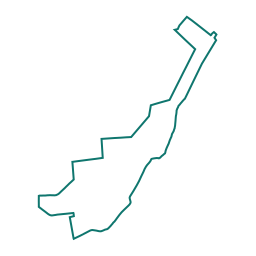 the district of Kupravas pag., Vilakas, Latvia, rotated 177°
{"feature_id": "27541924B19263065695150", "entity_name": "Kupravas pag.", "entity_type": "district", "adm_level": 2, "iso_a3": "LVA", "parent_name": "Latvia", "parent_adm1": "Vilakas", "projection": "mercator", "projection_center": [27.487, 57.225], "detail": "fine", "context": "isolated", "style": "outline", "palette": "teal", "viewbox_px": 256, "rotation_deg": 177, "n_neighbors": 0, "source": "geoboundaries", "source_scale": "gbopen_adm2", "svg_char_len": 3213}
<svg xmlns="http://www.w3.org/2000/svg" viewBox="0 0 256 256"><g transform="rotate(177 128 128)"><path d="M69.7,154.2L69.3,154.9L67.5,158.1L59.6,172.5L50.8,188.4L36.8,209.0L35.4,211.0L36.5,212.9L36.9,213.6L34.8,216.7L35.1,217.1L37.2,219.3L38.5,218.4L40.2,216.8L40.2,216.7L40.3,216.7L40.5,216.5L40.6,216.4L49.6,224.3L58.6,232.1L61.0,234.0L63.4,235.9L67.4,231.8L71.3,227.7L71.5,227.3L71.7,227.0L73.1,224.2L76.2,223.6L66.8,213.6L56.8,203.2L59.6,198.4L62.4,193.5L66.4,186.5L70.4,179.6L74.3,172.7L78.2,165.9L81.6,159.9L85.0,153.9L85.3,153.8L92.6,152.2L99.9,150.5L101.9,150.0L104.0,149.5L105.2,144.1L106.4,138.7L112.1,132.7L117.9,126.6L121.6,122.7L125.3,118.8L130.5,118.8L135.8,118.7L139.0,118.7L142.2,118.7L148.6,118.6L155.0,118.5L154.9,109.0L154.8,99.5L161.7,98.9L168.7,98.4L176.4,97.8L184.1,97.2L184.7,97.1L185.3,97.1L185.1,88.2L184.9,79.4L187.4,77.3L189.5,75.6L191.5,73.8L192.9,72.6L194.2,71.4L197.3,68.8L200.3,66.2L200.9,65.8L201.4,65.5L202.1,65.2L202.9,64.9L203.1,64.8L203.3,64.7L204.0,64.7L204.7,64.6L207.2,64.8L209.7,65.0L211.9,65.0L214.1,64.9L216.9,65.0L219.7,65.1L220.2,65.0L220.6,64.9L220.9,60.1L221.1,55.3L221.1,54.7L221.2,54.1L221.2,53.9L220.9,53.6L220.6,53.4L219.7,52.6L218.8,51.9L218.3,51.4L217.8,51.0L216.6,50.0L215.4,49.0L214.7,48.4L214.0,47.8L213.2,47.1L212.4,46.4L212.1,46.2L211.8,46.0L211.5,45.8L211.3,45.6L211.0,45.4L210.7,45.3L210.4,45.1L210.1,45.0L209.8,44.9L209.5,44.8L209.4,44.8L209.2,44.7L207.9,44.7L204.6,45.0L203.2,45.2L194.1,45.6L187.0,46.0L186.8,45.1L186.7,42.8L190.8,42.0L188.1,20.5L188.0,20.2L181.2,23.0L173.5,26.5L171.1,27.6L170.0,27.9L169.1,28.0L168.4,27.9L166.9,27.6L165.0,27.2L162.5,26.5L161.9,26.4L161.3,26.3L160.8,26.3L160.3,26.3L159.6,26.5L158.9,26.7L157.5,27.2L156.3,27.7L155.2,27.9L154.1,28.1L153.6,28.4L153.2,28.6L152.8,29.0L152.3,29.4L150.2,31.4L149.6,32.1L149.0,32.7L148.4,33.3L147.9,34.0L147.3,34.6L146.6,35.1L146.2,35.5L145.9,35.9L145.1,36.8L144.4,37.7L144.1,38.1L143.8,38.5L143.4,38.9L143.1,39.3L142.1,40.5L141.1,41.7L140.0,42.9L138.8,44.2L136.0,46.7L133.2,49.1L131.8,50.3L130.4,51.6L130.0,52.2L129.6,52.8L129.4,53.2L129.3,53.7L129.3,53.9L129.3,54.2L129.4,54.7L129.5,55.2L129.9,57.0L130.0,57.8L130.0,58.5L129.8,59.0L129.4,59.8L126.1,64.5L122.2,70.4L119.7,74.5L117.4,78.9L114.8,83.6L113.6,86.1L112.2,88.3L112.0,88.6L111.8,88.9L111.3,89.4L110.9,90.0L108.7,92.2L107.5,93.6L107.2,94.1L106.9,94.6L106.6,95.2L106.4,95.6L106.2,95.8L105.7,96.0L103.7,96.3L102.4,96.4L101.3,96.5L100.7,96.5L99.9,96.4L99.2,96.3L99.0,96.2L98.9,96.2L98.7,96.1L98.3,96.4L98.1,96.5L97.9,96.5L97.6,96.6L97.4,96.7L96.2,97.9L95.6,98.4L95.1,98.7L94.8,98.9L94.3,99.3L93.2,100.2L92.4,100.7L92.3,100.9L92.2,101.2L92.0,101.7L91.7,103.0L91.3,104.1L90.9,105.0L90.5,105.9L88.5,109.8L88.2,110.2L88.1,110.6L86.9,113.6L85.8,115.8L85.2,116.9L85.0,117.4L84.8,118.2L84.5,119.2L84.4,119.6L83.0,121.8L82.7,122.2L82.3,123.3L81.8,124.6L81.4,125.4L81.3,126.2L81.1,126.9L80.8,128.2L80.6,129.8L80.2,132.5L79.7,136.4L79.5,137.6L79.2,138.7L79.0,139.6L78.7,141.4L78.6,142.6L78.5,143.2L78.2,143.7L77.8,144.8L77.5,145.3L77.1,145.8L76.9,146.3L76.7,146.7L76.6,147.1L76.4,147.4L76.2,147.7L75.3,148.5L74.1,149.9L73.2,150.8L72.1,152.0L71.1,153.0L70.4,153.7L69.9,154.1L69.7,154.2Z" fill="none" stroke="#0f766e" stroke-width="2"/></g></svg>